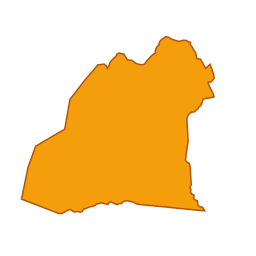 the district of Cariré, Ceará, Brazil, rotated 101°
{"feature_id": "56859067B46733430176329", "entity_name": "Cariré", "entity_type": "district", "adm_level": 2, "iso_a3": "BRA", "parent_name": "Brazil", "parent_adm1": "Ceará", "projection": "natural_earth1", "projection_center": [-40.549, -3.949], "detail": "fine", "context": "isolated", "style": "filled", "palette": "amber", "viewbox_px": 256, "rotation_deg": 101, "n_neighbors": 0, "source": "geoboundaries", "source_scale": "gbopen_adm2", "svg_char_len": 2005}
<svg xmlns="http://www.w3.org/2000/svg" viewBox="0 0 256 256"><g transform="rotate(101 128 128)"><path d="M225.1,179.7L224.6,176.7L223.2,175.0L221.6,173.0L220.2,171.2L219.0,169.5L219.7,167.1L220.7,164.8L220.0,162.8L219.6,161.0L219.7,158.9L218.9,157.1L216.3,156.2L214.9,153.8L213.3,151.4L212.3,149.5L211.7,147.9L210.3,145.6L208.5,144.2L207.7,141.9L206.6,140.0L206.6,138.1L206.8,135.4L206.6,132.9L204.6,132.2L203.7,130.6L204.3,128.8L204.9,126.0L205.4,123.9L204.0,122.7L203.4,119.9L201.6,119.0L200.5,117.5L199.6,115.1L199.6,111.9L199.8,109.4L200.2,107.4L200.9,104.7L200.9,102.5L200.2,95.0L198.4,76.4L197.3,64.1L197.1,62.2L195.2,41.5L194.7,37.0L191.6,39.6L191.6,42.4L190.4,44.8L188.4,45.2L186.2,46.1L185.7,48.4L184.6,50.3L181.4,50.3L180.7,52.7L178.8,54.5L176.7,54.4L174.5,55.9L171.7,55.1L154.1,59.6L151.1,61.0L150.3,63.8L148.3,65.6L145.6,65.5L143.2,66.0L140.5,66.0L129.9,66.4L123.4,68.0L109.6,71.5L107.4,72.0L105.1,71.7L103.5,71.2L102.1,70.3L100.3,68.4L99.5,65.9L97.6,64.6L96.0,63.1L93.8,62.4L92.0,60.9L89.5,60.3L87.5,59.9L85.4,59.7L84.3,57.5L83.2,54.4L82.1,51.9L81.0,49.5L78.5,50.7L75.2,53.2L72.6,55.2L69.5,57.5L67.7,58.0L66.9,55.1L64.5,53.8L62.9,53.0L59.9,53.8L57.2,55.3L55.5,56.2L53.6,57.3L49.8,59.6L54.6,63.2L46.6,70.0L46.8,73.7L41.0,76.1L39.4,77.9L37.8,79.3L36.0,80.7L35.1,82.1L33.6,83.0L32.0,83.0L31.9,84.9L30.9,87.5L31.2,90.3L32.6,93.0L33.3,95.4L32.9,98.6L32.5,102.1L31.4,105.1L31.0,108.1L32.7,110.0L34.4,111.6L36.3,113.0L38.4,113.6L40.6,113.5L42.1,114.8L44.4,115.6L47.3,115.9L49.7,115.4L50.5,117.0L51.8,118.1L54.3,119.9L56.1,120.8L57.5,121.8L60.0,123.1L62.1,123.9L63.4,126.9L63.3,130.8L63.0,132.7L61.8,135.1L60.7,137.5L61.1,139.6L61.0,141.8L56.1,146.3L56.3,148.4L56.0,150.8L57.5,153.0L59.3,153.2L64.7,156.9L66.2,157.8L67.8,158.3L69.7,158.4L73.2,159.6L71.1,161.4L69.9,163.6L70.3,165.6L71.2,167.3L71.5,169.4L90.0,179.9L101.4,185.6L110.9,190.4L118.7,190.3L141.3,189.9L149.7,199.6L163.5,215.2L185.7,218.6L211.7,218.9L218.1,219.0L225.1,179.7Z" fill="#f59e0b" stroke="#b45309" stroke-width="1.5"/></g></svg>